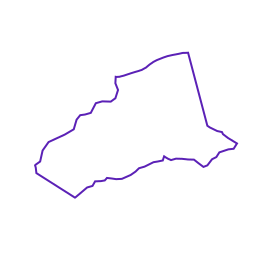 outline of Lamaze, Choiseul, Saint Lucia, rotated 254°
{"feature_id": "8701671B134536261517", "entity_name": "Lamaze", "entity_type": "district", "adm_level": 2, "iso_a3": "LCA", "parent_name": "Saint Lucia", "parent_adm1": "Choiseul", "projection": "orthographic", "projection_center": [-61.019, 13.807], "detail": "fine", "context": "isolated", "style": "outline", "palette": "violet", "viewbox_px": 256, "rotation_deg": 254, "n_neighbors": 0, "source": "geoboundaries", "source_scale": "gbopen_adm2", "svg_char_len": 1486}
<svg xmlns="http://www.w3.org/2000/svg" viewBox="0 0 256 256"><g transform="rotate(254 128 128)"><path d="M117.7,28.4L115.3,28.4L109.9,27.5L75.7,57.8L75.7,58.1L82.1,72.3L82.1,77.9L85.8,81.7L85.4,83.2L84.4,87.4L84.0,91.2L85.3,93.3L85.8,94.0L84.0,98.3L82.1,102.5L80.8,108.1L82.1,117.6L84.0,123.2L86.3,127.5L86.3,133.2L86.5,134.4L88.1,143.1L87.6,147.3L87.2,152.5L89.5,154.0L90.8,154.9L89.3,156.2L87.2,158.2L86.2,159.5L85.3,160.5L85.3,165.7L84.4,168.5L83.5,171.4L83.0,172.6L82.0,175.1L81.2,177.0L79.4,182.7L74.8,186.0L69.8,189.8L70.2,194.0L74.8,200.2L75.7,204.9L79.4,209.1L79.8,218.6L79.0,223.3L78.9,223.8L83.1,228.5L90.8,221.4L95.9,217.6L98.2,217.2L100.5,212.9L106.0,206.8L108.3,204.9L183.8,206.5L183.9,205.9L184.5,203.5L184.7,202.7L185.0,201.7L185.1,201.0L185.2,199.3L185.2,199.0L185.3,197.4L185.4,196.1L185.5,195.2L185.6,193.8L185.7,193.0L185.8,192.0L185.9,190.9L186.2,185.8L186.0,181.5L185.3,174.4L184.5,170.5L184.0,169.2L183.6,167.9L183.1,166.4L182.6,165.2L182.2,164.3L181.2,162.1L181.1,161.9L180.8,160.4L180.3,158.3L180.0,157.1L180.0,156.9L180.0,155.4L179.9,154.2L179.9,153.3L179.9,151.1L179.9,150.0L179.8,145.5L179.7,143.9L179.7,143.1L179.5,138.7L179.5,137.7L179.6,135.4L179.6,133.9L179.9,132.6L180.1,131.7L180.3,130.9L180.6,130.3L174.5,128.2L167.3,128.9L160.1,124.1L158.1,118.7L160.7,110.6L160.7,103.9L152.8,96.4L152.8,90.4L153.5,85.6L150.2,80.9L141.7,75.5L139.1,65.4L136.4,47.8L129.9,39.7L120.0,34.3L118.1,28.9L117.7,28.4Z" fill="none" stroke="#5b21b6" stroke-width="2"/></g></svg>